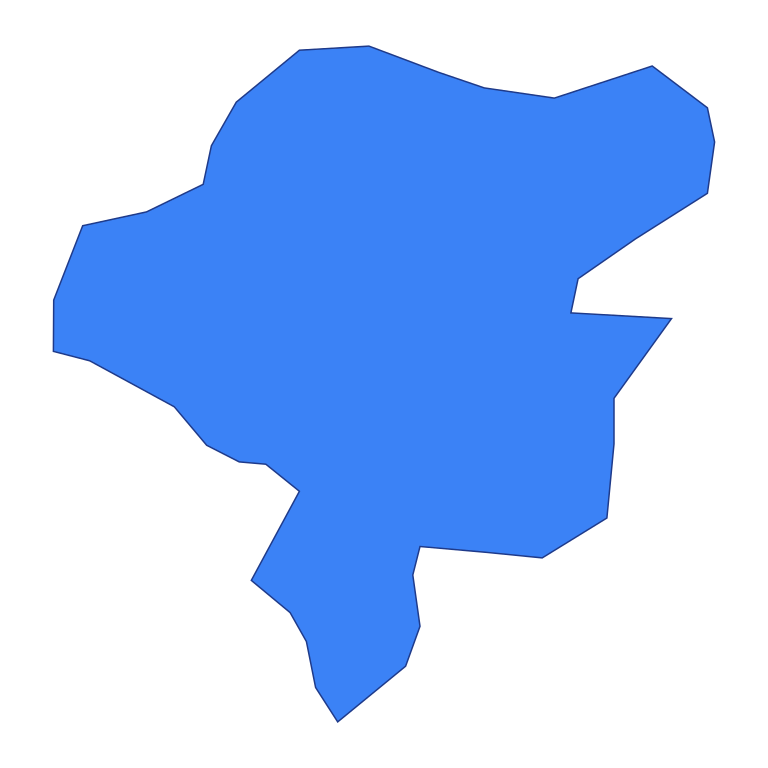 the District of Srbica, rotated 90°
{"feature_id": "KOS-5896", "entity_name": "Srbica", "entity_type": "District", "adm_level": 1, "iso_a3": "XKX", "parent_name": "Kosovo", "parent_adm1": "", "projection": "natural_earth1", "projection_center": [20.758, 42.727], "detail": "fine", "context": "isolated", "style": "filled", "palette": "blue", "viewbox_px": 768, "rotation_deg": 90, "n_neighbors": 0, "source": "natural_earth", "source_scale": "10m", "svg_char_len": 651}
<svg xmlns="http://www.w3.org/2000/svg" viewBox="0 0 768 768"><g transform="rotate(90 384 384)"><path d="M50.2,468.6L46.1,399.1L72.3,329.5L87.9,283.8L98.1,213.7L66.0,115.8L107.8,60.6L142.0,53.4L193.3,60.6L238.8,132.4L278.7,189.9L312.9,197.1L318.6,96.5L398.3,154.0L443.9,154.0L518.0,161.1L557.9,225.8L552.2,283.3L546.5,348.0L575.0,355.2L626.3,348.0L666.2,362.4L721.9,430.3L687.5,452.4L641.5,461.6L612.6,477.9L580.4,516.7L491.3,468.6L464.2,502.2L461.9,528.8L445.3,561.3L406.8,593.7L360.8,678.3L351.4,714.6L300.1,714.3L225.7,685.3L211.9,621.5L184.3,564.8L145.7,556.6L102.1,531.7L50.2,468.6Z" fill="#3b82f6" stroke="#1e3a8a" stroke-width="1.5"/></g></svg>